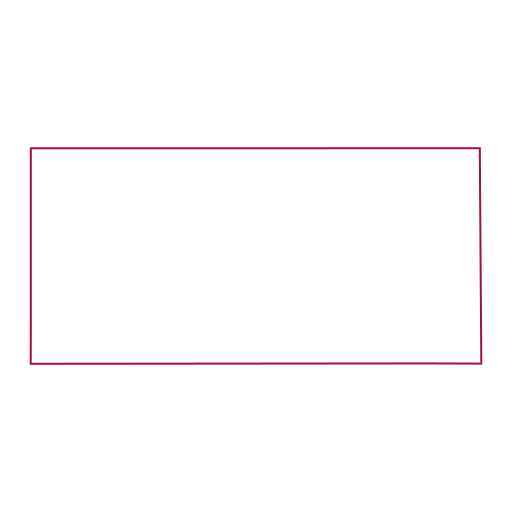 the district of Perkins, Nebraska, United States of America
{"feature_id": "52423323B31196592045480", "entity_name": "Perkins", "entity_type": "district", "adm_level": 2, "iso_a3": "USA", "parent_name": "United States of America", "parent_adm1": "Nebraska", "projection": "natural_earth1", "projection_center": [-101.706, 40.851], "detail": "fine", "context": "isolated", "style": "outline", "palette": "rose", "viewbox_px": 512, "rotation_deg": 0, "n_neighbors": 0, "source": "geoboundaries", "source_scale": "gbopen_adm2", "svg_char_len": 219}
<svg xmlns="http://www.w3.org/2000/svg" viewBox="0 0 512 512"><path d="M479.8,148.2L30.8,148.3L30.8,149.3L30.8,327.2L30.7,363.8L426.7,363.4L481.3,363.6L479.8,148.2Z" fill="none" stroke="#9f1239" stroke-width="2"/></svg>